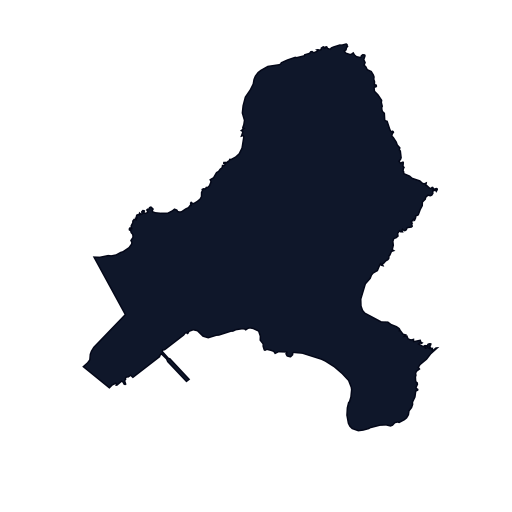 Moule A Chique, Vieux Fort, Saint Lucia (Robinson projection), rotated 259°
{"feature_id": "8701671B37545518209863", "entity_name": "Moule A Chique", "entity_type": "district", "adm_level": 2, "iso_a3": "LCA", "parent_name": "Saint Lucia", "parent_adm1": "Vieux Fort", "projection": "robinson", "projection_center": [-60.948, 13.716], "detail": "fine", "context": "isolated", "style": "filled", "palette": "ink", "viewbox_px": 512, "rotation_deg": 259, "n_neighbors": 0, "source": "geoboundaries", "source_scale": "gbopen_adm2", "svg_char_len": 6122}
<svg xmlns="http://www.w3.org/2000/svg" viewBox="0 0 512 512"><g transform="rotate(259 256 256)"><path d="M285.8,96.8L223.4,116.6L197.3,79.4L193.9,76.3L191.1,74.6L185.8,73.1L183.2,70.3L180.3,65.4L154.6,86.9L156.9,90.3L157.6,93.1L158.0,93.4L157.8,94.3L157.1,94.6L155.9,94.1L155.8,94.8L158.8,100.2L157.7,101.4L155.4,102.1L154.9,103.0L155.1,103.6L158.7,103.2L159.9,104.5L160.8,104.4L161.5,104.9L162.0,106.0L161.7,107.5L162.9,110.2L160.4,112.0L175.6,142.2L176.4,142.1L178.0,144.5L172.0,148.6L169.2,149.2L146.2,163.8L147.7,166.8L171.6,151.8L172.2,150.5L180.0,145.8L181.5,146.3L181.5,148.4L182.4,150.3L192.2,169.8L193.8,171.6L194.2,172.9L193.0,173.9L193.6,175.0L194.4,174.6L194.8,175.4L195.6,180.3L193.8,184.3L187.4,188.7L184.9,193.5L185.8,201.9L185.5,204.5L187.0,217.0L186.7,219.0L187.5,222.1L187.3,227.9L186.7,230.8L185.5,231.8L186.6,234.4L186.6,236.4L185.4,239.4L181.8,244.3L176.5,245.0L172.6,244.1L168.3,246.3L166.1,245.8L162.3,246.2L161.8,246.8L162.3,248.9L160.6,252.6L159.0,255.3L156.8,256.2L157.8,259.8L155.9,267.9L155.0,267.9L154.3,266.8L152.5,267.3L151.9,267.6L150.8,269.8L150.5,270.7L152.1,273.1L153.5,273.3L154.2,274.5L151.8,283.0L142.2,300.6L139.6,304.1L132.3,311.8L124.2,318.2L116.2,323.2L109.0,324.5L106.6,324.4L99.5,322.3L95.1,320.0L94.5,319.0L89.5,316.7L82.4,314.9L74.2,314.8L71.0,315.7L68.3,317.5L65.0,323.1L64.7,328.0L65.1,333.7L65.7,335.2L66.3,345.4L65.4,351.5L63.5,355.6L63.9,357.7L65.9,360.4L66.1,363.3L65.3,364.7L67.0,370.3L68.4,372.9L71.1,375.3L74.8,376.6L77.5,379.7L80.4,381.4L82.7,381.7L87.3,385.1L92.9,387.0L93.5,389.1L94.2,389.3L95.3,388.2L96.4,387.9L99.3,390.0L100.8,390.0L101.8,389.0L103.3,388.9L106.9,389.4L108.3,390.2L110.6,390.3L112.3,391.6L113.9,394.9L115.7,394.0L118.1,396.2L122.2,403.7L126.7,408.8L131.2,416.3L131.3,415.0L129.9,412.6L129.6,411.0L131.6,411.5L131.5,410.4L133.0,409.8L131.9,408.7L132.3,408.2L133.6,408.4L135.5,410.6L136.4,410.8L136.7,409.9L136.6,408.2L135.8,407.4L133.4,406.6L133.0,405.8L133.1,404.7L134.2,404.2L134.7,405.9L135.4,406.1L135.8,404.7L135.2,402.8L138.6,398.7L139.4,400.0L138.7,401.9L139.0,402.5L139.8,401.4L141.9,401.1L141.8,394.9L142.0,394.4L144.1,394.7L143.9,393.0L144.4,391.2L145.7,389.4L148.7,388.8L148.8,386.2L150.0,387.8L151.1,385.4L155.0,383.5L155.3,382.5L156.3,383.1L157.5,382.6L159.8,380.4L163.0,375.4L165.9,372.8L167.3,366.4L179.2,351.8L182.2,350.2L186.8,349.5L193.7,350.6L207.8,358.0L212.3,363.8L215.3,365.7L216.9,367.6L218.6,372.4L224.3,376.2L224.7,376.9L223.1,377.2L222.3,378.8L223.7,378.5L224.4,378.9L224.6,380.0L226.4,382.3L227.2,384.6L228.2,385.8L231.1,386.7L231.3,387.5L234.1,389.4L234.7,390.1L235.0,392.2L236.2,390.9L240.3,392.8L244.3,393.1L246.9,394.6L247.2,397.0L248.5,399.2L251.1,399.3L253.4,401.6L252.3,402.4L251.8,404.4L253.1,404.1L254.3,404.9L252.6,406.4L252.6,407.4L253.1,408.5L255.0,409.8L254.8,414.1L255.4,415.0L257.8,414.9L258.4,415.6L259.5,414.8L260.3,414.9L260.2,415.6L261.8,417.0L262.1,417.8L261.8,418.2L260.7,418.0L260.8,418.4L263.1,420.0L264.8,420.3L265.3,422.8L265.8,423.3L270.4,426.1L273.7,428.8L277.2,429.6L279.5,433.0L281.2,433.7L282.9,436.4L281.9,438.6L282.2,440.1L283.8,441.6L285.9,441.7L286.6,444.8L285.1,445.3L286.6,446.6L287.4,446.6L287.8,446.0L287.6,442.5L288.7,442.9L289.6,442.5L289.7,441.9L288.9,440.8L289.4,439.4L292.6,437.0L292.9,436.1L295.2,437.0L294.7,435.0L295.5,433.3L298.5,431.1L302.5,424.0L305.1,422.0L308.6,416.8L310.7,417.0L311.3,416.5L313.6,417.3L314.7,418.2L316.1,417.4L319.6,418.4L320.1,418.2L320.0,417.2L319.4,415.7L321.7,414.4L323.3,416.3L324.8,417.2L331.5,417.7L332.9,416.9L334.7,417.8L338.1,415.8L341.0,415.4L346.2,413.3L347.7,412.1L350.0,413.1L351.2,414.5L351.8,414.4L352.4,413.9L352.1,412.8L352.6,412.2L354.5,411.5L363.2,410.4L364.1,408.7L365.0,408.3L371.6,409.2L373.8,407.6L375.9,407.5L377.7,407.7L378.9,408.5L382.8,408.3L384.8,409.0L390.8,406.5L395.1,403.7L398.6,404.0L399.4,404.6L399.1,405.8L399.8,406.6L400.9,406.5L401.6,404.9L404.5,405.6L407.1,405.3L409.2,406.0L411.3,405.7L415.1,404.3L417.7,400.7L420.7,399.9L422.7,398.5L425.1,400.0L428.2,399.2L431.7,401.2L432.6,401.0L433.2,399.3L432.5,397.7L431.0,396.9L431.0,396.1L432.5,392.6L434.5,391.0L436.8,390.2L435.8,388.1L435.8,386.7L438.1,382.7L440.5,381.8L441.2,383.7L443.1,384.5L444.4,385.9L444.9,385.5L446.1,385.7L446.9,385.0L446.6,380.6L447.1,378.5L446.4,372.3L445.9,369.7L444.7,368.3L446.1,365.8L447.8,365.3L448.0,364.6L446.7,363.3L446.8,362.5L448.2,362.6L448.5,361.9L447.6,359.8L446.2,359.4L445.9,357.8L446.7,356.1L446.7,355.2L446.0,355.9L445.4,355.5L444.6,352.3L444.8,351.0L446.0,350.0L446.0,348.7L444.7,347.3L444.2,342.2L443.3,341.7L442.9,333.8L443.5,332.4L442.4,324.3L440.9,317.8L439.8,316.9L439.3,315.6L439.8,303.8L437.3,296.3L435.7,293.1L432.6,289.7L429.7,287.8L425.3,286.1L420.1,282.1L414.0,275.9L405.9,272.0L399.0,269.9L391.4,270.6L387.2,269.1L384.7,267.6L384.1,267.5L383.5,268.6L381.9,265.5L380.9,266.7L380.1,266.7L376.5,264.6L376.7,266.5L375.3,266.8L364.6,262.9L359.5,259.0L357.0,254.9L355.5,250.1L355.8,248.6L354.7,248.1L354.1,246.4L353.3,246.3L353.9,242.3L352.9,242.0L352.4,243.7L351.1,242.7L350.7,241.5L351.2,240.4L349.1,239.6L348.0,237.4L346.1,235.4L345.4,233.2L340.9,229.3L339.6,225.6L337.5,226.1L333.9,223.8L332.4,221.6L332.8,220.3L331.5,219.1L332.0,217.2L331.6,215.9L330.5,216.0L328.8,214.7L324.6,213.8L322.5,212.0L320.7,208.7L319.4,205.1L319.6,203.8L321.0,202.6L320.4,201.9L318.1,201.9L318.4,201.3L316.3,198.9L315.6,196.0L313.7,191.6L313.6,189.8L314.5,187.6L316.2,187.0L317.5,184.9L316.3,182.7L314.8,177.5L316.1,170.5L317.6,165.5L319.0,163.0L320.6,162.9L321.7,163.9L323.9,162.4L324.1,161.7L323.7,160.7L322.3,159.7L322.6,158.5L322.0,157.6L319.9,158.3L319.2,157.2L318.9,156.0L319.4,154.0L321.6,155.0L322.2,153.7L321.2,152.3L319.1,152.3L318.9,151.1L320.2,150.0L318.5,149.7L318.6,149.1L319.3,149.0L318.8,146.7L317.2,146.0L316.1,146.4L316.1,145.1L314.5,145.3L315.2,143.4L313.8,141.8L312.2,141.5L309.5,139.3L307.8,139.1L307.3,138.6L307.6,137.6L307.1,137.2L306.5,140.2L306.5,136.8L305.6,136.8L305.3,137.8L302.8,138.0L300.7,139.2L297.8,138.9L295.1,136.2L293.1,136.8L291.4,136.2L288.4,133.0L285.5,126.2L285.3,123.9L283.7,118.9L283.7,113.9L284.6,111.0L284.5,102.4L285.8,96.8Z" fill="#0f172a" stroke="#020617" stroke-width="1.5"/></g></svg>